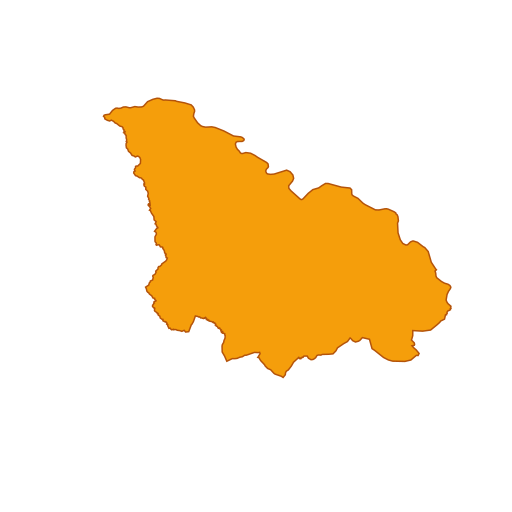 the district of Binduri, Upper East, Ghana, rotated 116°
{"feature_id": "2480657B66646573774103", "entity_name": "Binduri", "entity_type": "district", "adm_level": 2, "iso_a3": "GHA", "parent_name": "Ghana", "parent_adm1": "Upper East", "projection": "natural_earth1", "projection_center": [-0.323, 10.946], "detail": "fine", "context": "isolated", "style": "filled", "palette": "amber", "viewbox_px": 512, "rotation_deg": 116, "n_neighbors": 0, "source": "geoboundaries", "source_scale": "gbopen_adm2", "svg_char_len": 6118}
<svg xmlns="http://www.w3.org/2000/svg" viewBox="0 0 512 512"><g transform="rotate(116 256 256)"><path d="M359.2,302.5L358.5,301.5L359.2,300.2L359.3,299.3L358.1,298.2L358.4,297.5L357.8,297.0L357.2,295.5L357.3,294.3L356.5,291.9L356.2,289.6L354.3,288.0L355.2,285.9L353.5,283.3L346.0,284.0L345.6,283.7L342.4,283.5L336.5,284.2L335.9,282.1L335.9,280.5L335.4,280.0L335.9,278.6L335.5,277.7L335.3,275.9L335.1,275.5L334.4,275.4L334.4,274.9L333.3,274.6L333.3,274.1L334.1,273.5L334.2,273.0L334.8,272.8L334.7,272.5L334.2,272.7L334.2,271.9L334.8,272.1L334.9,271.8L334.9,270.7L334.4,270.3L335.0,269.6L334.3,266.7L334.5,266.1L334.1,265.5L334.5,265.3L334.3,264.8L334.6,264.5L334.2,263.8L334.7,263.4L334.9,262.3L335.9,262.2L335.8,261.7L336.4,261.1L336.3,259.9L337.5,258.1L337.3,257.7L336.7,257.4L336.8,256.7L337.4,256.4L337.6,255.0L338.0,255.1L338.7,254.8L338.6,254.0L339.7,253.6L339.7,253.3L339.2,253.1L339.3,252.7L338.8,252.6L339.1,252.3L340.0,252.2L339.5,250.1L340.8,249.3L341.0,248.8L343.5,247.8L346.0,247.7L347.8,247.2L350.5,247.4L351.9,247.0L357.1,244.3L359.8,240.3L363.4,236.1L358.6,232.3L357.6,230.1L356.3,228.1L354.1,226.2L352.5,224.1L350.2,222.7L349.3,221.1L343.3,215.1L341.9,211.7L341.0,210.5L342.0,209.5L346.3,209.9L346.0,209.0L348.0,205.9L350.0,200.6L350.8,199.6L352.0,196.2L351.8,193.0L353.6,188.4L353.8,187.1L353.0,180.5L353.3,178.4L349.9,177.6L347.9,178.3L346.1,178.2L344.3,177.0L339.4,176.0L335.0,175.7L328.4,173.1L329.2,172.0L328.8,171.0L328.3,171.4L327.7,170.2L326.6,170.1L326.4,169.3L324.9,169.0L323.5,166.1L324.9,164.0L325.1,161.1L324.1,159.5L322.9,158.6L321.2,157.8L318.7,157.6L317.5,156.4L316.9,154.8L316.4,154.0L315.4,153.3L312.5,147.7L310.2,143.9L306.3,142.6L302.8,142.5L296.2,138.7L292.8,136.3L288.4,135.5L288.9,133.7L289.7,132.1L289.7,128.9L287.8,126.7L286.4,125.7L282.7,124.6L281.1,117.5L288.4,111.1L288.8,108.0L291.3,96.9L291.4,91.5L290.6,87.1L285.5,76.0L281.6,71.2L275.0,68.3L274.4,66.7L272.1,66.7L270.2,70.8L269.4,73.8L268.3,76.4L266.8,74.6L265.9,74.7L264.7,75.7L263.4,79.4L258.9,80.2L254.3,82.4L250.5,73.3L246.0,66.6L238.4,63.1L235.2,61.8L233.5,61.5L230.1,58.9L225.8,59.9L225.3,59.0L224.5,59.3L223.9,59.0L222.8,59.7L220.8,59.3L220.4,58.6L219.0,57.7L218.2,58.3L217.6,57.8L216.2,58.9L215.7,58.8L214.7,62.5L213.8,64.1L212.3,65.8L206.9,67.4L203.4,67.5L200.1,67.0L198.6,67.2L197.5,68.8L197.2,71.0L197.8,74.7L197.6,78.2L196.3,84.0L195.2,85.4L192.6,87.0L191.0,88.5L189.3,87.8L188.8,89.0L184.8,95.7L176.5,103.2L174.4,108.1L174.4,109.7L172.9,116.8L173.5,121.0L173.9,121.8L175.6,123.3L179.5,124.7L180.4,126.1L180.4,129.6L178.2,133.4L172.9,138.5L164.4,143.2L162.0,143.4L158.4,145.7L157.1,147.2L156.7,148.8L156.0,149.3L155.7,151.4L155.9,157.5L156.3,159.4L157.2,161.0L160.7,165.6L162.2,168.9L162.0,180.5L161.6,183.2L159.5,189.6L159.4,194.8L158.9,196.5L158.3,197.1L154.5,199.1L153.7,201.3L156.7,209.6L159.2,222.9L160.3,225.3L164.0,227.7L167.3,229.5L171.4,234.0L176.7,236.5L184.1,238.8L185.1,239.5L185.5,240.2L185.4,241.5L182.1,253.1L180.8,256.1L178.5,257.4L172.7,256.0L169.7,256.2L167.0,258.4L165.3,262.3L165.4,266.1L174.4,275.6L176.3,278.8L177.2,281.7L177.0,282.7L175.9,284.1L175.1,284.6L173.3,284.7L171.3,284.0L170.3,284.0L168.0,285.5L167.3,287.4L166.6,297.8L166.1,301.0L166.0,305.9L167.5,310.5L169.7,312.9L170.3,314.2L170.1,315.4L169.1,317.0L168.2,319.6L166.7,321.8L164.4,323.6L162.5,323.8L161.2,322.8L159.1,318.7L157.8,317.7L156.8,317.6L156.1,318.0L155.5,320.1L155.6,321.9L158.0,328.8L157.7,339.7L158.4,349.0L159.3,352.4L162.3,357.8L163.1,361.0L163.1,362.8L161.9,366.9L159.0,372.1L157.9,373.5L155.3,374.3L152.9,374.6L151.6,375.3L149.7,377.6L148.6,380.5L149.6,387.0L151.8,395.2L151.8,396.5L155.6,406.1L156.3,407.1L156.6,408.6L156.7,411.9L157.6,414.1L160.4,417.4L164.8,421.1L170.8,422.8L172.2,424.2L173.8,427.2L174.8,430.4L177.8,433.8L178.3,434.8L179.0,438.3L180.3,440.6L182.3,442.2L183.5,444.0L184.0,445.8L184.8,447.0L188.1,448.8L192.7,449.8L195.1,453.3L196.0,454.2L197.3,454.3L197.8,452.7L199.0,452.0L199.2,449.1L198.8,446.7L197.3,445.6L197.4,443.0L198.2,440.9L198.0,439.4L198.9,435.4L198.5,433.0L198.9,431.9L200.1,431.1L200.4,430.0L201.7,429.4L201.5,428.4L201.7,428.1L203.2,428.9L203.3,427.6L204.2,426.8L204.5,425.6L206.9,424.4L207.9,423.4L209.2,422.8L210.0,422.8L210.2,421.9L211.9,422.0L213.5,421.3L215.6,419.9L216.1,418.2L217.8,416.5L218.4,414.0L219.9,411.5L219.6,409.3L219.9,407.9L218.1,406.3L218.0,405.2L218.4,403.6L219.9,402.0L223.5,400.5L227.1,401.8L227.7,403.2L228.4,403.5L229.6,402.9L231.3,403.3L232.0,402.9L232.6,401.9L233.8,402.7L235.0,402.3L236.6,399.5L236.3,397.9L236.7,395.0L236.3,394.1L236.3,392.9L237.0,391.6L237.0,390.5L239.3,388.1L240.0,388.4L240.6,387.6L241.2,388.0L242.2,386.9L242.4,385.2L244.4,384.3L245.3,381.7L247.0,380.3L249.8,379.6L251.3,377.5L252.1,377.4L252.9,375.9L253.6,375.8L253.9,375.2L256.4,373.6L256.5,374.2L255.9,374.8L256.0,375.3L256.8,375.5L257.5,375.3L257.9,374.6L257.2,373.9L257.5,373.4L258.2,373.5L259.4,371.5L261.5,371.8L261.4,371.0L263.3,368.7L265.3,365.1L268.2,363.4L268.9,360.8L271.3,360.8L271.3,359.7L272.5,358.7L273.4,356.7L274.0,356.6L274.4,357.3L278.3,358.0L278.4,356.8L278.7,356.0L280.0,355.1L283.1,355.2L286.9,353.3L287.4,352.9L288.0,351.4L288.7,350.9L289.7,350.8L289.9,350.0L288.9,349.1L288.4,347.8L289.7,345.9L289.1,344.4L289.1,343.6L290.3,342.9L290.4,342.2L291.6,340.6L293.3,339.4L293.4,338.1L294.0,337.5L294.8,337.9L295.4,337.0L296.8,336.1L296.7,334.8L298.7,334.6L300.2,334.9L304.4,337.2L305.4,337.0L307.5,337.8L308.1,338.8L309.2,339.0L310.6,338.4L313.6,339.5L314.5,338.7L316.7,338.8L318.7,340.1L319.6,339.8L320.3,339.0L322.9,338.4L324.8,340.0L325.8,339.7L326.7,340.1L329.2,339.7L332.4,341.6L333.5,340.2L335.4,338.7L336.0,337.5L336.1,336.3L336.9,335.2L337.5,332.2L338.9,330.3L338.5,328.5L339.2,328.3L339.9,326.3L340.6,326.3L341.2,327.2L342.1,327.6L342.8,326.8L343.2,327.2L344.5,327.0L345.5,327.4L346.7,326.9L347.5,325.1L347.1,324.5L347.3,324.1L349.3,323.5L349.9,322.8L350.5,319.4L350.8,319.7L351.1,319.4L351.2,318.4L352.0,317.9L352.2,316.1L353.7,314.9L354.1,312.6L353.8,311.8L355.0,311.3L355.1,309.1L354.6,308.5L354.6,308.1L355.1,307.8L355.4,306.5L356.4,306.4L356.4,305.2L357.2,305.0L359.2,302.5Z" fill="#f59e0b" stroke="#b45309" stroke-width="1.5"/></g></svg>